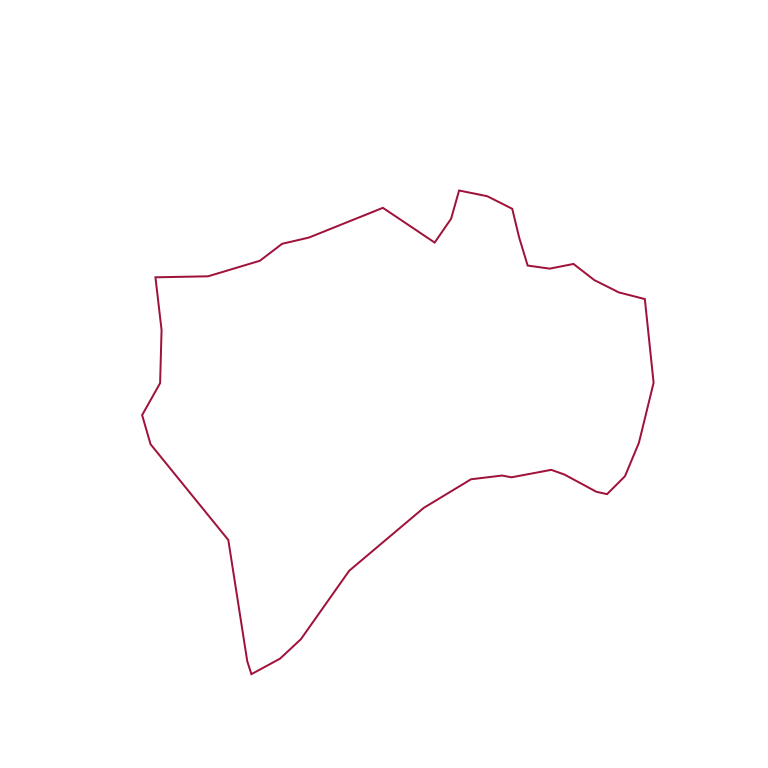 an SVG outline of Dajabón, rotated 238°
{"feature_id": "DOM-1966", "entity_name": "Dajabón", "entity_type": "Province", "adm_level": 1, "iso_a3": "DOM", "parent_name": "Dominican Republic", "parent_adm1": "", "projection": "orthographic", "projection_center": [-71.618, 19.433], "detail": "fine", "context": "isolated", "style": "outline", "palette": "rose", "viewbox_px": 768, "rotation_deg": 238, "n_neighbors": 0, "source": "natural_earth", "source_scale": "10m", "svg_char_len": 658}
<svg xmlns="http://www.w3.org/2000/svg" viewBox="0 0 768 768"><g transform="rotate(238 384 384)"><path d="M203.8,573.9L198.9,568.8L178.1,539.5L172.4,514.8L180.0,507.0L211.5,489.1L222.6,480.3L237.3,442.7L243.8,435.6L257.1,407.3L257.9,352.1L244.1,255.6L211.6,178.2L206.2,150.2L208.2,117.8L221.3,121.1L334.2,169.3L456.6,154.1L485.8,162.4L503.4,194.6L547.7,224.0L595.6,246.7L568.6,291.8L554.3,344.0L556.9,371.9L548.0,397.9L534.0,476.4L477.1,501.9L488.6,528.5L508.3,550.2L488.5,571.1L464.6,585.6L436.8,576.3L408.3,568.6L394.0,585.7L385.4,608.3L360.7,617.4L337.2,631.7L317.8,650.2L242.2,613.3L203.8,573.9Z" fill="none" stroke="#9f1239" stroke-width="2"/></g></svg>